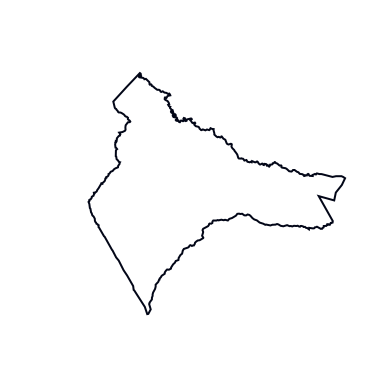 Tsholotsho, Matabeleland North, Zimbabwe, rotated 315°
{"feature_id": "62879985B28907517418650", "entity_name": "Tsholotsho", "entity_type": "district", "adm_level": 2, "iso_a3": "ZWE", "parent_name": "Zimbabwe", "parent_adm1": "Matabeleland North", "projection": "equal_earth", "projection_center": [27.51, -19.64], "detail": "fine", "context": "isolated", "style": "outline", "palette": "ink", "viewbox_px": 384, "rotation_deg": 315, "n_neighbors": 0, "source": "geoboundaries", "source_scale": "gbopen_adm2", "svg_char_len": 6087}
<svg xmlns="http://www.w3.org/2000/svg" viewBox="0 0 384 384"><g transform="rotate(315 192 192)"><path d="M310.0,290.5L309.5,288.1L308.9,286.6L304.9,282.6L302.0,280.7L296.3,271.0L294.7,269.3L293.6,267.4L293.3,267.1L292.0,267.2L291.7,266.2L289.2,265.2L288.6,266.0L286.6,263.7L286.6,262.9L287.1,261.8L286.9,261.3L286.0,261.1L284.9,261.5L283.8,260.0L283.2,260.4L282.6,260.0L282.8,257.7L281.0,255.3L281.2,253.3L280.5,251.9L280.1,249.0L279.0,247.9L277.2,248.0L276.7,247.8L275.4,246.0L275.3,242.8L275.0,241.4L272.9,238.4L272.8,237.7L273.8,236.7L273.8,236.2L272.6,235.2L272.4,232.2L271.8,231.0L271.8,229.5L271.6,229.3L270.3,229.4L269.4,228.8L268.7,229.2L268.0,229.1L266.5,227.9L265.7,228.5L264.5,228.6L264.3,227.8L264.6,226.6L263.6,226.3L263.7,225.7L264.2,224.9L263.9,224.3L263.1,223.3L261.9,223.8L261.6,223.4L261.9,222.4L261.7,221.5L259.8,220.9L259.4,220.5L259.3,218.7L259.7,217.9L259.7,216.6L259.2,216.2L258.1,216.1L257.4,215.3L256.3,212.6L255.2,213.2L254.8,212.1L253.8,211.8L252.6,209.8L253.1,207.9L251.3,206.8L251.6,205.0L251.5,204.4L250.9,203.8L250.7,203.1L249.7,202.5L248.8,201.3L248.9,200.5L250.5,197.5L251.0,194.7L251.1,193.3L251.5,192.2L251.5,189.6L251.8,188.3L252.2,187.6L253.6,186.7L253.9,186.1L253.6,185.4L251.4,184.2L250.9,183.1L251.0,182.0L252.5,178.6L251.9,176.5L252.3,173.8L252.1,173.5L251.1,173.7L250.5,173.4L249.9,171.9L248.8,171.3L248.5,170.2L248.4,167.2L249.3,166.3L250.8,163.7L251.8,162.8L250.9,161.8L250.2,160.0L248.5,160.5L247.9,160.4L246.8,158.4L245.1,157.9L243.9,155.4L242.6,155.1L242.2,154.6L242.3,153.8L242.1,152.8L242.7,151.2L242.6,150.4L241.2,148.1L241.2,146.2L241.6,145.5L242.4,145.7L243.0,145.6L243.1,144.9L241.3,143.8L241.1,142.9L241.5,141.4L241.5,140.0L242.1,139.8L243.3,140.3L243.5,139.9L243.3,139.3L239.7,137.1L238.5,137.8L237.7,137.4L237.6,137.0L239.1,134.9L238.6,133.9L237.6,134.2L237.1,135.4L236.5,135.9L235.7,135.6L235.2,134.3L234.7,133.7L232.8,134.1L232.5,133.7L232.4,133.1L233.0,132.0L232.9,131.5L231.8,131.3L231.3,130.3L231.4,129.6L231.6,129.5L233.1,129.8L233.7,129.3L233.8,128.6L233.6,127.9L232.9,127.5L231.9,125.9L232.3,124.5L232.7,124.5L233.1,125.3L234.1,126.2L234.6,126.4L235.0,125.9L235.1,125.2L234.6,124.4L233.5,124.8L233.3,124.6L233.6,123.1L234.5,123.3L235.0,122.5L234.8,121.4L233.9,122.1L233.6,121.1L233.8,120.4L234.5,120.0L235.8,121.1L236.2,120.4L235.8,119.4L235.8,117.2L236.2,116.6L236.9,116.4L236.4,115.1L236.8,113.5L237.9,113.9L238.7,112.3L238.9,111.3L239.0,110.3L238.3,108.1L238.3,107.1L239.3,106.2L239.9,106.1L240.4,107.4L242.4,106.9L243.3,107.2L245.0,108.3L245.4,107.5L245.5,106.3L244.4,105.8L244.0,103.8L242.8,102.2L242.5,100.1L241.0,99.5L240.8,98.8L241.2,97.4L240.9,96.3L239.7,95.2L239.2,91.9L239.2,90.2L238.6,88.5L239.2,87.6L239.1,86.8L238.1,86.3L238.1,85.9L239.5,84.2L239.4,79.4L238.1,78.6L238.3,78.1L238.1,76.7L235.9,73.7L235.9,73.1L236.4,72.7L237.4,72.9L237.7,74.3L238.1,74.0L238.5,72.3L238.9,72.7L239.2,72.5L239.2,71.3L240.1,71.0L220.2,71.5L200.3,72.4L197.0,77.8L196.8,78.7L197.1,79.7L196.8,80.4L196.8,82.0L196.4,82.8L196.5,84.0L197.4,84.9L198.0,86.1L198.6,88.8L198.6,90.0L198.4,90.7L198.5,91.7L199.1,92.7L199.2,94.3L198.3,94.9L198.1,95.4L198.4,97.6L198.1,98.6L197.4,98.6L195.9,97.4L192.3,97.9L190.7,99.1L189.0,101.0L187.8,101.3L185.2,100.4L182.5,98.5L182.2,100.4L181.7,100.4L181.0,101.1L179.7,100.6L176.8,100.9L176.4,101.4L174.4,102.9L174.0,103.0L173.9,102.3L173.3,102.8L172.8,102.7L172.4,103.3L171.4,103.9L169.6,106.1L169.3,106.6L169.6,107.0L169.4,108.7L168.4,108.6L167.5,108.9L163.4,112.8L163.5,113.3L161.9,115.5L162.0,117.4L161.6,119.0L162.1,120.0L161.5,120.1L160.7,120.9L158.3,121.3L157.1,122.2L154.8,121.2L153.1,120.8L150.7,121.0L148.8,120.2L146.8,120.6L145.6,120.3L145.2,120.9L144.3,121.3L143.1,121.3L142.0,120.8L141.4,121.4L141.0,121.1L140.2,121.2L139.8,121.7L138.0,122.5L135.7,122.5L134.6,122.0L134.6,122.4L134.3,122.8L133.5,122.0L128.5,123.3L126.4,123.6L125.0,124.2L123.5,124.0L122.1,123.1L121.9,123.4L122.4,124.1L120.8,124.4L119.8,125.0L117.8,124.5L116.9,125.2L115.2,125.5L114.7,125.2L114.0,125.4L113.5,125.1L112.7,126.0L111.8,125.9L111.0,127.8L108.4,131.2L108.4,131.9L106.2,135.1L106.1,136.0L105.0,138.1L105.1,139.7L104.4,142.1L103.0,143.7L102.5,144.8L102.5,145.9L102.0,146.8L102.4,148.0L102.2,148.6L102.5,149.5L101.1,150.7L101.1,151.4L98.5,161.1L98.6,161.9L94.5,176.4L94.5,177.1L92.1,184.6L91.7,188.7L88.3,199.0L87.1,205.1L83.9,216.9L81.5,220.0L81.6,220.7L77.4,239.9L74.0,246.7L74.9,247.3L79.8,245.8L82.5,240.9L83.2,240.7L83.8,240.2L87.7,239.6L88.9,238.4L90.7,237.6L91.7,236.6L93.4,235.6L97.4,234.4L99.4,233.2L100.8,231.8L104.6,231.7L106.6,230.8L107.1,231.0L107.9,230.3L109.6,230.3L111.3,229.8L114.9,230.5L115.9,229.6L117.9,229.2L119.6,229.2L120.7,230.6L122.9,231.3L123.9,230.6L127.5,229.8L129.8,229.9L131.7,229.3L134.3,230.5L136.0,229.2L139.2,228.4L141.4,228.6L144.1,226.9L146.0,226.5L149.8,228.4L150.7,228.6L152.6,228.2L153.4,228.6L153.8,230.1L155.0,230.5L155.5,231.1L157.2,230.7L158.3,230.0L159.8,230.0L161.7,230.3L163.3,231.5L167.2,232.5L167.6,232.4L167.8,231.9L168.2,230.1L171.2,228.5L171.8,227.9L172.5,226.4L173.9,225.9L179.2,227.5L180.5,227.3L181.6,226.7L182.2,226.8L183.2,228.0L184.4,228.3L185.7,227.3L186.9,227.2L188.9,229.3L190.4,230.1L190.8,230.9L193.1,232.3L194.5,234.4L195.7,235.0L197.2,237.5L199.4,237.4L201.9,238.7L206.3,239.8L208.6,239.5L210.0,240.6L210.5,241.6L212.1,242.9L212.5,245.5L213.7,246.8L215.4,247.2L216.3,248.7L216.5,250.1L216.3,253.2L216.6,255.4L217.8,257.9L218.2,261.4L220.0,264.9L220.6,267.0L221.3,267.3L223.8,271.1L225.8,272.1L227.8,274.0L229.5,274.8L230.2,276.1L230.8,278.6L232.3,280.8L235.8,282.7L236.8,285.1L237.9,286.0L238.5,287.2L240.2,288.0L241.7,289.8L242.9,290.6L243.2,291.9L243.8,292.9L244.7,292.8L245.3,293.3L246.2,294.8L246.2,295.7L247.2,296.5L247.3,298.0L248.0,299.0L248.3,301.1L249.5,300.2L251.8,303.3L252.7,304.0L253.9,303.9L254.3,304.3L255.8,304.9L257.1,309.3L257.7,309.5L258.1,310.0L258.9,309.8L260.0,310.1L261.1,309.2L263.0,310.9L263.8,310.7L264.4,311.2L265.0,310.5L265.6,311.1L266.2,312.6L268.2,312.0L268.7,312.6L269.2,312.5L269.8,313.0L271.0,312.1L278.7,284.5L286.6,298.5L293.3,294.1L302.9,293.0L310.0,290.5Z" fill="none" stroke="#020617" stroke-width="2"/></g></svg>